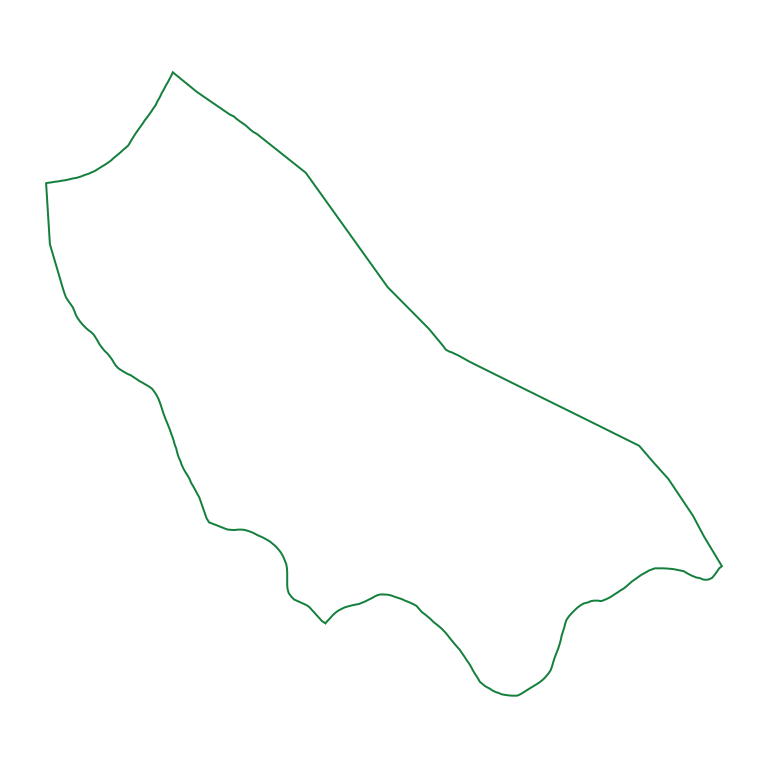 outline of Al Hasayn, Al Dali', Yemen
{"feature_id": "15242507B64520709980870", "entity_name": "Al Hasayn", "entity_type": "district", "adm_level": 2, "iso_a3": "YEM", "parent_name": "Yemen", "parent_adm1": "Al Dali'", "projection": "equal_earth", "projection_center": [44.813, 13.79], "detail": "fine", "context": "isolated", "style": "outline", "palette": "green", "viewbox_px": 768, "rotation_deg": 0, "n_neighbors": 0, "source": "geoboundaries", "source_scale": "gbopen_adm2", "svg_char_len": 3898}
<svg xmlns="http://www.w3.org/2000/svg" viewBox="0 0 768 768"><path d="M721.9,566.2L703.9,536.3L693.0,515.8L668.4,479.0L653.5,462.4L639.2,445.8L584.2,418.5L548.7,401.0L469.5,361.7L458.1,355.3L455.2,354.0L452.1,352.5L448.9,351.4L445.8,349.6L445.4,349.1L443.4,346.3L428.6,328.5L410.3,310.0L387.7,287.2L305.8,172.8L257.1,134.1L253.1,131.8L250.3,129.6L247.8,127.3L245.0,124.8L242.3,123.0L239.1,120.8L236.1,118.5L234.2,116.6L229.6,114.4L204.5,97.2L196.6,91.7L172.8,72.3L171.5,75.2L169.6,78.8L167.8,82.3L165.9,85.4L164.0,89.2L161.8,92.9L160.0,96.9L157.4,101.4L155.7,105.0L153.5,108.1L151.5,111.2L149.4,114.2L147.1,117.4L144.7,120.4L142.8,123.4L140.6,126.5L138.2,129.8L136.0,132.9L133.3,137.1L131.0,140.9L128.4,145.3L125.9,147.6L122.6,150.4L120.0,152.8L116.8,155.5L113.8,157.9L110.9,160.6L107.8,162.8L105.1,164.6L100.8,167.2L98.0,169.0L94.6,171.1L91.5,172.4L88.5,173.8L84.9,174.9L81.2,176.4L76.5,177.9L73.2,178.4L69.8,179.2L66.0,180.1L61.9,180.7L58.8,181.3L54.6,181.8L51.2,182.4L47.4,182.9L46.1,183.3L49.9,244.2L62.9,288.4L64.4,293.1L66.0,297.4L68.1,300.6L70.4,303.9L72.8,307.3L74.4,311.0L75.9,315.0L77.7,318.2L80.4,322.0L82.9,324.9L85.9,327.9L88.6,330.3L91.2,332.2L93.7,334.6L95.7,337.7L97.8,341.2L99.6,344.5L102.2,347.9L104.5,350.8L107.4,353.5L109.6,356.2L111.9,359.3L113.8,362.5L115.8,365.6L118.4,368.3L121.3,370.3L124.4,372.1L127.7,374.0L130.8,375.3L133.5,377.1L136.3,378.9L139.5,381.1L142.7,382.8L145.5,384.5L148.8,386.4L151.9,388.6L154.1,391.4L156.6,395.2L158.6,399.2L160.5,404.3L161.8,408.3L163.1,412.4L165.1,417.9L167.3,423.3L169.5,428.7L171.0,433.0L172.4,436.8L173.7,440.7L174.7,444.5L176.2,448.4L177.2,452.6L178.5,456.9L180.5,461.3L181.7,464.9L183.5,468.7L185.5,472.3L187.7,475.7L189.6,479.0L191.1,482.8L193.1,486.1L195.0,489.6L197.0,493.3L199.3,497.4L206.5,518.1L209.0,522.3L224.5,528.4L227.5,529.5L231.5,529.9L234.8,530.0L238.1,529.6L241.3,529.6L244.6,529.9L247.6,530.8L250.9,531.9L254.5,533.5L257.4,535.1L260.4,536.4L263.5,537.8L266.7,539.6L270.2,541.7L272.8,543.9L275.7,546.3L278.5,549.5L280.9,552.6L283.1,556.4L284.6,560.0L286.2,563.9L286.9,567.9L287.2,572.3L287.2,576.8L287.2,580.8L287.2,584.8L287.5,588.8L288.7,593.1L291.5,596.9L294.1,599.5L305.0,604.4L307.7,605.8L309.9,607.7L321.9,621.0L325.0,623.0L325.5,623.4L326.4,622.1L329.9,618.4L332.8,615.1L335.4,612.8L338.0,610.8L341.2,609.1L344.4,607.5L348.1,606.4L353.0,605.1L356.2,604.5L359.2,603.9L362.1,602.7L365.7,601.2L368.6,599.7L371.9,598.1L374.8,596.4L377.7,595.1L380.7,594.4L384.6,594.5L387.7,594.7L391.0,595.4L394.5,596.7L397.5,597.7L401.8,599.1L405.0,600.6L409.0,602.2L413.0,604.0L416.4,605.8L419.0,608.8L421.7,611.9L424.6,614.1L427.2,616.2L430.6,619.1L433.5,622.0L436.3,624.2L439.2,626.5L441.7,628.7L444.8,631.9L447.3,634.8L449.5,637.7L451.7,640.4L454.5,643.8L457.2,646.9L459.8,649.9L461.9,653.0L464.4,656.6L466.6,660.0L469.2,663.7L471.1,666.9L472.9,670.4L475.2,674.2L477.7,678.0L479.7,681.6L482.4,683.9L485.0,686.1L489.8,688.7L492.5,690.5L495.6,692.0L498.6,693.0L501.7,694.3L505.7,695.0L509.6,695.5L512.7,695.7L517.1,695.7L520.1,694.4L523.3,692.5L526.6,690.4L529.6,688.5L533.2,686.3L536.8,684.1L539.6,682.3L542.6,679.9L545.2,677.4L548.5,673.5L550.7,670.1L552.1,666.1L553.4,661.7L554.9,657.0L556.6,652.6L558.4,648.1L559.6,644.1L560.7,640.3L561.6,635.8L563.0,631.4L564.2,627.7L565.2,623.6L566.4,620.0L568.9,616.4L571.5,613.4L574.1,610.8L577.1,607.9L580.7,605.2L583.6,603.5L587.9,602.4L591.1,601.1L594.4,600.6L598.3,600.7L601.3,601.1L604.2,600.0L607.3,598.7L611.1,596.7L614.0,594.7L617.8,592.3L620.7,590.3L623.6,588.6L626.5,586.3L629.2,583.9L632.1,581.3L635.1,579.3L638.4,576.9L641.5,574.7L645.3,572.7L649.0,570.5L652.0,569.4L654.9,568.3L658.0,568.3L662.8,568.3L666.5,568.5L670.2,568.8L673.2,569.1L676.4,569.7L680.3,570.5L683.5,571.1L688.3,573.9L691.6,575.6L696.3,577.5L699.5,578.0L703.1,579.5L706.2,579.8L709.2,579.3L712.1,577.8L714.6,574.9L717.2,571.3L719.2,568.3L721.9,566.2Z" fill="none" stroke="#15803d" stroke-width="2"/></svg>